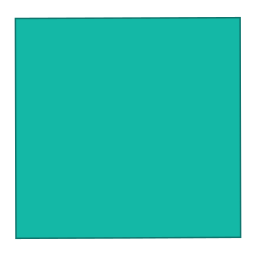 Keokuk, Iowa, United States of America
{"feature_id": "52423323B98264208336187", "entity_name": "Keokuk", "entity_type": "district", "adm_level": 2, "iso_a3": "USA", "parent_name": "United States of America", "parent_adm1": "Iowa", "projection": "equal_earth", "projection_center": [-92.237, 41.336], "detail": "fine", "context": "isolated", "style": "filled", "palette": "teal", "viewbox_px": 256, "rotation_deg": 0, "n_neighbors": 0, "source": "geoboundaries", "source_scale": "gbopen_adm2", "svg_char_len": 220}
<svg xmlns="http://www.w3.org/2000/svg" viewBox="0 0 256 256"><path d="M16.0,238.3L71.3,238.1L127.3,237.9L240.6,237.3L240.1,17.7L70.6,18.3L15.4,18.5L16.0,238.3Z" fill="#14b8a6" stroke="#0f766e" stroke-width="1.5"/></svg>